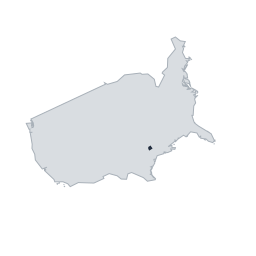 Panola, Texas, United States of America shown in context, rotated 327°
{"feature_id": "52423323B10240344188589", "entity_name": "Panola", "entity_type": "district", "adm_level": 2, "iso_a3": "USA", "parent_name": "United States of America", "parent_adm1": "Texas", "projection": "orthographic", "projection_center": [-94.242, 32.184], "detail": "fine", "context": "in_parent", "style": "filled", "palette": "slate", "viewbox_px": 256, "rotation_deg": 327, "n_neighbors": 0, "source": "geoboundaries", "source_scale": "gbopen_adm2", "svg_char_len": 4034}
<svg xmlns="http://www.w3.org/2000/svg" viewBox="0 0 256 256"><g transform="rotate(327 128 128)"><path d="M199.3,91.3L210.8,87.6L212.6,76.9L217.3,77.5L219.3,83.4L223.1,86.7L219.2,89.2L219.3,90.4L218.2,89.2L217.8,91.8L214.8,94.3L214.1,100.9L216.8,103.0L218.0,102.4L217.4,101.3L217.9,101.7L218.4,103.0L214.7,104.7L213.6,103.5L213.7,105.5L209.2,106.9L206.3,110.0L206.3,108.6L205.8,107.8L205.6,111.2L206.7,111.6L207.0,114.5L205.3,118.5L202.4,116.8L203.4,114.2L202.0,116.1L203.2,118.5L204.5,119.7L205.0,121.3L203.1,127.7L203.3,123.9L200.3,120.8L201.1,116.9L199.0,118.4L200.8,123.7L198.2,122.4L197.4,122.7L197.8,120.9L197.7,120.4L197.1,121.9L197.3,123.0L201.3,124.5L200.6,125.6L198.7,124.0L198.0,123.8L200.4,125.7L201.4,126.0L201.1,127.5L199.9,126.6L201.9,128.4L201.6,128.8L200.5,127.8L198.2,127.7L201.3,129.3L203.1,128.9L205.7,133.6L203.5,130.0L204.4,132.4L201.0,132.5L203.8,134.6L204.9,133.6L203.8,136.2L200.5,135.9L202.6,136.8L201.1,138.2L203.2,138.7L199.7,139.8L198.4,143.8L195.2,145.3L189.5,152.9L188.5,152.2L186.7,158.7L186.6,160.3L188.2,164.8L194.6,178.1L193.6,185.6L191.1,186.4L188.2,182.8L187.4,179.6L183.4,176.2L184.5,174.4L182.8,174.6L183.1,169.7L178.4,165.3L172.0,167.0L170.6,164.3L164.2,164.5L165.0,163.4L163.9,164.5L161.0,165.2L160.9,163.1L160.4,164.6L151.6,165.5L155.4,166.4L154.2,168.4L157.1,170.3L155.7,171.4L152.4,168.9L152.3,170.9L147.8,170.2L145.3,167.7L143.9,169.0L137.4,167.1L133.6,169.9L134.6,169.2L132.6,168.4L131.5,171.9L127.5,174.0L128.5,173.4L125.9,173.0L126.8,174.2L123.7,175.6L122.4,179.4L121.1,178.7L122.2,179.8L122.4,183.3L123.5,185.5L122.6,186.2L115.3,183.2L113.9,178.0L106.8,167.3L102.9,166.4L98.9,170.2L94.5,167.1L92.9,162.2L87.4,156.0L80.6,155.1L80.3,157.2L69.4,155.6L56.6,146.7L47.6,145.7L47.1,141.9L44.2,137.7L37.3,133.3L37.9,130.8L34.8,118.2L35.4,117.1L36.2,118.8L36.1,116.2L38.7,116.7L33.8,115.7L32.9,104.3L35.5,99.2L36.3,92.9L38.8,89.4L43.5,78.5L45.5,79.5L43.3,78.2L45.1,75.5L44.3,75.2L45.2,68.7L50.0,71.3L47.8,74.2L50.4,72.4L49.2,75.1L47.7,75.4L48.6,75.8L50.0,74.9L51.3,72.3L51.5,67.6L132.9,79.0L133.0,77.3L134.6,80.2L144.3,83.1L154.0,81.6L168.2,88.6L169.0,90.6L174.1,93.5L176.6,101.4L174.1,108.3L176.0,110.3L187.5,103.6L186.5,100.6L187.5,99.9L194.0,98.7L199.3,91.3ZM210.9,108.0L212.8,107.2L206.3,110.6L211.5,107.0L210.9,108.0ZM50.9,70.3L50.9,72.3L50.8,72.5L50.3,70.9L50.9,70.3ZM123.4,184.9L122.5,181.7L122.6,180.0L122.7,181.8L123.4,184.9ZM219.7,89.3L220.0,90.3L219.6,90.1L219.7,89.3ZM145.4,168.6L145.6,169.3L144.9,168.8L145.4,168.6ZM39.5,136.8L40.5,136.6L40.5,136.8L39.5,136.8ZM38.7,136.3L38.2,136.7L38.0,136.2L38.7,136.3ZM216.5,104.5L216.1,105.2L216.5,104.5ZM123.3,178.4L122.7,179.8L124.1,177.1L123.3,178.4ZM192.7,173.7L193.9,176.3L192.5,173.5L192.7,173.7ZM43.4,140.1L43.6,141.0L43.4,140.2L43.4,140.1ZM194.1,186.0L193.3,187.0L194.5,185.0L194.1,186.0ZM206.3,135.3L205.7,136.5L205.8,133.8L206.3,135.3ZM50.7,68.7L50.5,69.2L50.3,68.9L50.7,68.7ZM126.8,174.7L125.4,175.3L126.8,174.5L126.8,174.7ZM218.4,104.3L218.6,105.0L218.0,105.0L218.4,104.3ZM42.9,142.2L43.0,143.1L42.8,142.2L42.9,142.2ZM125.0,175.9L124.4,176.2L124.9,175.7L125.0,175.9ZM204.9,122.5L204.4,124.1L205.0,121.9L204.9,122.5ZM133.2,170.5L132.3,171.1L133.6,170.1L133.2,170.5ZM186.9,159.4L186.9,160.6L186.7,159.8L186.9,159.4ZM203.6,138.8L203.3,139.1L204.0,138.1L203.6,138.8ZM174.3,166.6L173.3,167.3L172.8,167.2L174.3,166.6ZM160.6,165.1L160.4,165.3L159.7,165.3L160.6,165.1ZM186.2,179.8L186.4,180.6L186.0,179.7L186.2,179.8ZM157.8,166.8L157.7,167.5L157.6,166.2L157.8,166.8ZM191.8,188.2L191.1,188.4L192.0,188.0L191.8,188.2ZM206.9,115.0L206.7,115.8L206.9,114.7L206.9,115.0ZM205.1,136.8L204.7,137.1L205.1,136.8Z" fill="#d9dde1" stroke="#a8b0b8" stroke-width="1"/><path d="M136.6,155.8L135.3,156.1L135.2,156.1L135.2,155.9L135.0,156.0L134.9,155.9L134.8,156.0L134.7,156.2L134.6,156.4L134.5,156.5L134.4,156.7L134.4,156.9L134.4,157.0L134.3,157.3L134.3,157.8L134.7,157.8L136.7,157.8L136.7,157.7L136.6,157.4L136.6,157.1L136.6,156.9L136.6,156.7L136.6,156.4L136.6,156.0L136.6,155.9L136.6,155.8Z" fill="#64748b" stroke="#1e293b" stroke-width="1.5"/></g></svg>